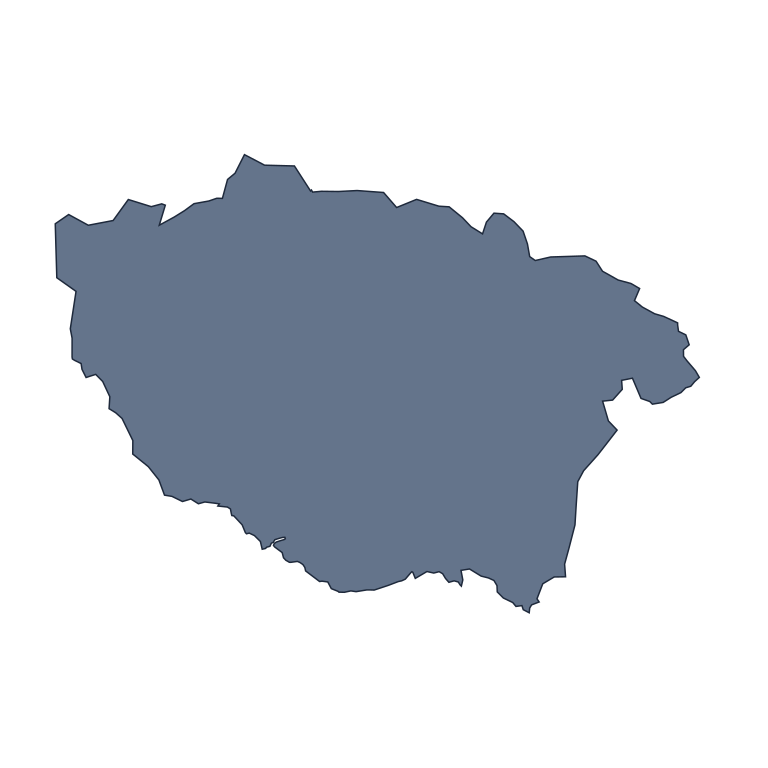 the district of Arminou, Paphos, Cyprus, rotated 264°
{"feature_id": "46923920B96831730642133", "entity_name": "Arminou", "entity_type": "district", "adm_level": 2, "iso_a3": "CYP", "parent_name": "Cyprus", "parent_adm1": "Paphos", "projection": "orthographic", "projection_center": [32.715, 34.867], "detail": "fine", "context": "isolated", "style": "filled", "palette": "slate", "viewbox_px": 768, "rotation_deg": 264, "n_neighbors": 0, "source": "geoboundaries", "source_scale": "gbopen_adm2", "svg_char_len": 2701}
<svg xmlns="http://www.w3.org/2000/svg" viewBox="0 0 768 768"><g transform="rotate(264 384 384)"><path d="M151.0,515.5L154.4,513.7L168.7,521.0L174.3,533.1L173.3,544.4L186.0,544.8L200.6,550.5L223.9,559.2L243.6,562.5L266.6,566.5L276.9,573.5L291.2,589.3L299.5,597.3L313.8,611.0L323.8,603.3L336.5,601.0L344.1,599.6L344.1,609.7L353.8,620.4L362.8,620.7L363.8,631.7L342.8,638.1L338.8,646.5L335.9,648.8L336.5,659.7L340.8,668.3L344.4,678.4L348.7,683.7L349.7,688.9L353.8,693.1L357.6,698.3L364.7,695.1L375.3,687.8L380.2,684.8L386.8,685.4L391.1,691.6L401.3,689.3L405.6,682.4L412.0,682.2L414.1,682.4L422.0,669.2L425.6,660.4L433.5,649.0L440.7,641.8L452.2,648.2L457.3,641.3L458.2,640.0L462.9,627.8L473.3,613.1L484.0,607.7L490.4,597.2L492.9,563.0L491.0,547.3L495.5,542.2L508.3,541.3L521.5,538.3L531.9,530.2L540.7,520.8L542.4,511.2L534.3,502.8L523.0,497.7L531.3,487.0L541.1,479.5L553.4,467.3L555.1,457.2L564.2,435.7L558.2,415.0L574.5,403.6L579.2,377.5L580.2,358.8L582.2,341.8L582.3,333.1L584.5,332.1L583.7,331.1L610.2,317.7L614.1,288.1L626.7,269.2L609.2,257.9L603.8,249.8L585.5,242.7L586.2,237.1L584.3,228.9L583.2,213.9L577.2,203.6L572.0,192.9L565.4,177.1L584.7,185.2L586.4,181.8L584.7,171.1L594.2,149.0L574.9,131.7L572.8,106.5L585.5,88.1L577.7,73.8L523.9,69.7L508.3,87.4L471.7,77.8L462.2,78.6L443.5,76.6L441.5,76.7L439.9,78.7L436.0,84.9L430.1,85.2L421.6,88.4L422.5,92.5L423.7,98.3L415.9,104.5L400.0,110.0L388.2,108.0L383.5,114.1L377.1,119.9L354.0,128.3L340.6,126.8L326.4,141.0L314.3,148.7L312.1,150.1L296.4,154.1L294.4,161.4L288.2,171.3L289.8,179.9L284.3,186.9L285.4,193.5L283.1,203.5L282.0,207.7L280.0,206.0L278.0,215.4L275.8,218.2L271.2,218.6L269.1,218.9L268.6,220.8L258.8,228.2L250.7,230.6L249.4,231.6L249.8,234.4L246.8,239.3L240.3,244.6L232.4,245.6L232.8,248.9L234.0,250.4L234.5,253.6L237.4,255.3L238.2,257.4L240.6,259.2L241.5,263.8L242.0,266.9L241.9,269.4L240.4,269.7L239.7,268.4L239.0,264.5L238.1,260.4L236.9,258.2L235.0,257.2L233.4,258.2L227.0,265.1L221.7,265.9L218.9,268.0L217.8,269.6L216.6,271.2L216.4,272.7L216.6,279.3L215.3,281.7L212.9,284.5L209.8,286.1L206.3,286.5L194.3,299.3L194.4,301.7L193.0,307.4L186.0,310.2L182.6,316.6L181.7,317.4L181.0,322.8L181.7,329.4L180.4,334.5L181.0,345.3L180.7,348.3L180.1,352.7L183.3,367.3L186.0,377.5L186.4,381.0L187.7,384.8L193.5,390.9L194.4,392.1L193.7,393.0L187.4,394.8L193.0,407.1L190.8,413.7L191.0,415.3L191.6,419.2L189.2,422.5L184.1,424.9L180.0,427.8L180.9,433.2L179.3,437.2L176.4,438.6L174.9,439.8L180.9,441.9L190.6,441.1L191.1,449.7L182.8,460.5L180.2,467.6L177.1,472.8L171.7,475.3L165.4,474.9L158.7,480.3L153.2,489.2L149.0,492.0L149.2,498.0L145.0,498.9L141.3,504.5L146.0,505.5L148.9,507.7L151.0,515.5Z" fill="#64748b" stroke="#1e293b" stroke-width="1.5"/></g></svg>